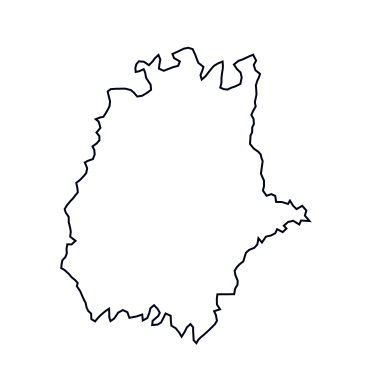 Tenente Portela, Rio Grande do Sul, Brazil (Mercator projection), rotated 102°
{"feature_id": "56859067B44510514495911", "entity_name": "Tenente Portela", "entity_type": "district", "adm_level": 2, "iso_a3": "BRA", "parent_name": "Brazil", "parent_adm1": "Rio Grande do Sul", "projection": "mercator", "projection_center": [-53.772, -27.358], "detail": "fine", "context": "isolated", "style": "outline", "palette": "ink", "viewbox_px": 384, "rotation_deg": 102, "n_neighbors": 0, "source": "geoboundaries", "source_scale": "gbopen_adm2", "svg_char_len": 3245}
<svg xmlns="http://www.w3.org/2000/svg" viewBox="0 0 384 384"><g transform="rotate(102 192 192)"><path d="M196.0,71.0L191.6,76.7L186.3,76.3L182.6,81.3L187.0,86.2L184.5,90.1L180.1,94.4L183.7,95.6L183.1,102.0L184.2,107.6L178.5,109.8L177.6,114.1L180.2,118.3L175.9,122.9L171.2,122.8L165.8,124.0L162.7,126.3L159.7,128.4L147.1,129.3L144.3,131.1L141.0,132.6L138.8,135.6L136.7,140.6L132.9,145.3L128.2,145.9L124.6,146.5L121.3,145.6L116.1,146.5L112.8,145.6L107.9,146.9L104.3,150.0L100.2,149.1L95.1,147.5L91.1,149.2L87.1,149.2L83.1,149.2L78.8,150.4L74.2,151.7L69.2,151.2L66.1,150.4L62.3,150.0L59.7,155.3L54.9,158.0L50.1,156.6L45.0,160.8L48.6,165.8L51.7,169.9L54.0,173.8L58.6,177.5L62.5,173.5L65.0,169.4L69.6,167.2L76.2,167.2L79.5,171.3L81.7,175.0L84.4,178.6L84.8,182.4L84.0,186.1L79.4,185.9L74.0,186.9L70.3,187.3L65.0,187.5L61.8,188.1L58.0,189.2L60.8,193.3L64.1,196.8L67.3,198.6L71.7,200.8L76.1,202.9L80.0,205.9L75.9,208.0L71.7,207.2L67.2,206.8L64.4,212.6L61.6,214.5L56.9,217.5L52.1,221.1L51.7,225.6L53.5,229.8L56.8,234.1L61.1,239.8L64.8,237.4L66.8,231.0L71.5,231.8L73.6,236.1L76.7,240.9L79.3,244.8L78.2,250.0L74.0,250.4L69.1,250.5L64.9,253.3L69.0,256.2L72.2,257.5L76.9,260.5L74.6,266.1L75.2,271.1L78.6,273.0L82.5,273.2L86.3,272.0L84.8,268.7L81.9,264.8L85.0,262.6L89.8,260.7L92.5,258.0L95.6,254.8L100.5,253.3L103.5,255.8L105.8,258.1L108.3,260.9L110.0,265.4L106.9,269.5L105.0,273.0L104.8,278.8L106.7,287.4L108.3,292.9L111.2,295.4L116.1,293.1L120.4,291.0L125.2,290.5L128.7,291.4L132.7,292.7L136.9,294.3L138.3,297.6L140.8,301.3L142.5,298.0L145.4,296.4L148.3,294.9L153.7,297.8L156.5,294.3L160.5,293.3L164.4,295.4L168.1,298.8L171.2,296.3L175.5,295.0L180.4,295.8L182.8,299.8L185.4,303.0L190.5,299.5L195.5,299.4L199.1,301.3L203.6,304.1L207.1,307.1L212.1,304.9L216.1,303.6L219.5,305.4L222.9,307.0L226.1,309.0L231.1,311.6L235.2,313.0L238.4,311.2L241.9,307.5L247.3,306.2L252.7,303.6L256.1,302.3L261.0,301.9L264.0,295.8L268.3,298.9L269.1,303.1L273.6,302.9L278.0,301.7L282.0,302.3L285.7,304.6L290.0,304.5L293.6,304.1L294.8,300.5L297.5,295.8L300.5,291.9L302.5,287.9L304.8,284.9L308.0,285.1L312.3,280.7L316.3,277.9L320.0,275.2L322.5,273.0L326.7,271.2L329.8,268.9L331.9,265.4L337.3,264.0L338.7,259.9L334.2,257.5L331.0,255.4L326.5,251.9L323.4,248.9L327.5,247.8L331.9,246.8L335.2,244.9L332.1,241.9L329.1,240.6L325.4,239.2L321.9,235.1L323.0,230.2L328.1,227.1L325.2,220.3L322.2,215.2L327.9,213.4L324.6,209.5L319.2,208.6L314.4,208.5L310.6,205.6L313.7,201.1L316.9,198.4L320.3,199.2L323.5,201.7L326.2,203.7L330.4,203.3L328.8,198.0L326.0,195.1L320.8,193.7L316.3,192.6L317.5,187.1L322.5,185.9L327.1,184.3L328.6,179.7L332.3,175.1L335.7,172.1L330.4,170.1L325.5,168.9L321.5,166.0L324.2,162.7L327.4,162.1L333.1,160.5L336.6,159.6L339.0,156.3L335.2,155.1L332.3,153.2L329.3,150.8L326.4,148.7L323.0,146.3L319.2,143.8L316.3,142.0L312.8,140.8L307.3,143.1L304.0,145.6L300.9,140.2L296.9,144.2L291.5,145.5L286.8,145.9L283.2,129.5L277.6,129.7L273.2,128.2L269.2,128.9L264.6,132.1L260.3,133.9L256.0,132.4L252.9,130.5L249.2,127.4L240.2,126.6L236.7,124.0L233.6,119.4L229.8,117.2L223.4,117.4L226.9,113.1L220.3,110.4L218.3,106.0L215.1,102.0L210.7,101.0L212.4,95.0L208.1,92.0L205.9,95.2L201.4,91.8L199.1,87.0L201.5,80.3L197.2,79.4L196.0,71.0Z" fill="none" stroke="#020617" stroke-width="2"/></g></svg>